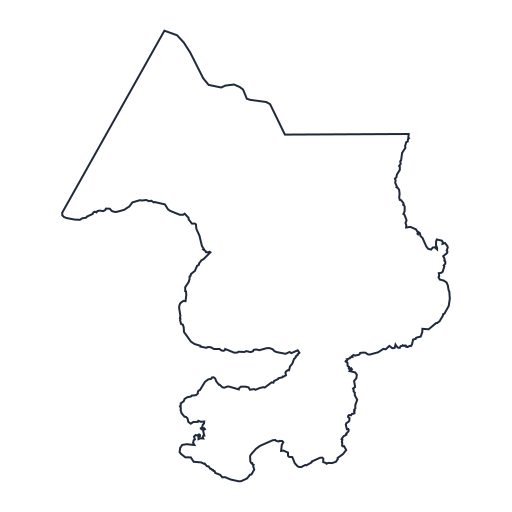 Oikull, Palau (Albers equal-area conic projection)
{"feature_id": "81905179B41520221517607", "entity_name": "Oikull", "entity_type": "district", "adm_level": 2, "iso_a3": "PLW", "parent_name": "Palau", "parent_adm1": "", "projection": "albers", "projection_center": [134.583, 7.366], "detail": "fine", "context": "isolated", "style": "outline", "palette": "slate", "viewbox_px": 512, "rotation_deg": 0, "n_neighbors": 0, "source": "geoboundaries", "source_scale": "gbopen_adm2", "svg_char_len": 6098}
<svg xmlns="http://www.w3.org/2000/svg" viewBox="0 0 512 512"><path d="M62.2,212.7L62.3,215.3L63.8,216.9L66.3,218.0L74.8,219.6L80.0,219.8L82.2,218.3L86.1,217.7L87.1,216.5L92.6,214.0L93.4,212.4L94.8,211.7L96.5,212.4L97.4,211.1L99.8,210.6L103.3,211.1L105.3,210.0L105.9,208.6L109.8,208.7L111.7,210.9L113.4,211.6L115.4,212.0L117.8,211.6L124.2,209.8L129.4,206.4L132.4,202.4L139.8,200.2L142.3,200.5L146.1,200.0L149.2,201.2L151.2,200.7L153.8,202.4L154.5,202.0L164.9,204.4L167.9,209.2L170.0,210.8L179.9,214.8L183.3,214.7L184.7,213.7L188.6,217.9L188.6,219.3L191.9,223.6L194.8,223.6L195.9,224.3L196.4,229.0L199.4,235.5L201.9,245.9L203.8,249.0L203.2,249.5L205.6,251.1L205.9,252.1L207.6,252.4L209.5,251.7L210.4,252.3L203.5,259.2L201.6,260.1L199.0,263.5L198.8,264.9L197.0,265.9L194.9,270.9L191.0,274.0L190.6,275.8L189.5,276.5L189.6,278.9L188.7,282.0L185.2,287.2L185.2,291.2L186.0,291.4L186.3,295.1L185.5,301.2L183.5,300.9L181.6,302.1L180.2,303.4L179.4,305.4L179.1,307.7L180.4,315.9L179.9,318.4L180.5,318.9L180.1,320.2L181.1,324.0L182.8,324.6L183.7,327.3L184.0,332.0L190.9,341.6L194.5,344.0L200.4,345.8L200.4,346.6L206.4,347.8L207.9,347.0L211.0,347.3L213.9,349.0L219.6,349.0L221.5,350.5L223.7,350.8L224.9,350.1L225.2,349.0L234.3,352.7L237.1,352.6L238.8,351.7L244.2,352.0L246.4,351.1L250.5,352.1L253.0,351.3L253.7,349.8L256.5,349.5L259.3,350.2L266.5,348.2L269.6,348.1L272.7,349.3L274.5,351.2L276.7,352.1L285.6,353.8L289.6,352.0L291.4,353.1L297.7,350.3L299.4,352.8L297.6,354.3L297.6,355.1L295.8,356.3L295.7,357.4L294.0,359.1L292.2,363.9L290.1,366.2L289.0,370.3L288.0,370.1L286.1,371.4L285.4,372.6L286.0,375.2L283.6,376.6L282.8,376.5L282.4,377.3L278.5,378.2L278.1,379.0L274.1,381.0L273.4,382.7L271.6,382.4L264.8,387.5L263.6,387.2L260.0,387.9L255.5,389.8L254.3,389.1L249.9,389.7L248.6,387.4L245.7,386.7L240.9,386.7L238.9,388.4L238.8,389.4L229.2,386.6L227.4,386.5L224.3,387.7L222.4,387.3L219.5,384.6L218.9,384.7L216.3,381.4L215.2,378.5L213.6,377.3L212.1,377.4L211.2,378.8L208.2,379.4L205.0,381.8L199.9,390.1L198.6,390.6L197.8,392.0L197.8,393.6L195.9,395.2L191.7,395.6L191.0,396.5L187.3,397.2L184.6,398.9L183.7,401.2L180.7,403.4L180.7,406.0L180.0,406.3L180.9,408.1L180.6,410.1L181.6,413.3L184.5,416.7L186.1,417.0L187.5,418.4L188.3,421.9L190.8,423.7L193.3,422.0L197.8,421.9L198.3,420.8L201.0,421.8L204.2,421.5L204.0,423.5L202.9,424.6L202.0,427.5L200.8,428.3L201.5,429.3L202.1,429.3L202.6,428.0L204.2,428.2L204.9,429.2L203.4,430.0L203.2,431.2L204.3,435.6L203.4,435.6L202.7,437.2L203.3,438.5L200.5,438.3L198.5,439.1L198.5,436.6L199.9,436.2L200.0,435.1L199.1,434.4L198.2,434.9L198.3,435.9L195.7,435.0L194.0,436.5L194.9,439.4L193.7,440.2L193.1,442.7L194.4,445.0L186.6,444.2L182.2,444.9L180.2,447.8L179.6,452.0L181.0,453.9L185.3,457.3L190.8,457.4L193.7,461.8L201.1,462.4L204.3,463.9L204.7,463.6L206.9,466.2L208.6,466.4L210.3,468.8L211.3,468.9L212.0,469.8L213.0,469.9L213.4,470.9L214.6,471.1L215.2,472.9L220.3,474.9L222.2,477.3L225.1,477.2L230.6,479.5L238.7,481.3L241.1,481.2L247.1,478.4L249.9,474.8L251.5,474.4L254.2,469.6L253.1,465.8L253.6,464.8L252.2,464.0L252.2,463.1L251.1,462.9L250.3,461.3L250.1,456.2L250.8,454.7L256.0,448.8L260.1,445.8L272.6,440.3L275.3,440.0L276.2,440.9L278.7,441.5L279.4,440.9L282.1,441.0L283.3,442.2L281.8,444.9L281.1,450.9L283.4,450.6L288.0,452.6L288.0,455.8L289.1,456.9L292.3,457.1L294.8,463.3L297.7,466.4L299.7,467.1L301.3,467.0L305.3,465.0L306.4,465.3L311.6,462.4L311.7,461.5L320.0,457.8L322.2,457.6L323.3,458.6L323.2,462.1L326.2,463.1L326.5,463.7L328.3,462.9L331.9,463.1L335.9,461.8L337.8,459.0L337.6,458.0L343.0,454.1L346.2,450.0L344.0,446.1L342.7,446.3L342.1,445.7L342.3,442.9L341.8,441.8L342.4,439.8L341.5,439.1L343.5,436.3L346.4,434.7L346.2,433.7L348.4,431.4L348.7,429.8L348.3,429.0L346.9,429.2L345.8,424.7L346.4,423.1L348.6,421.7L349.4,420.4L349.5,418.1L348.1,417.1L348.1,416.1L349.1,415.0L351.0,415.3L352.1,413.8L353.7,413.7L354.6,413.0L354.0,411.3L354.7,410.7L354.2,409.8L355.3,408.4L355.3,405.0L357.2,399.8L354.8,395.3L354.8,392.7L353.6,391.4L353.7,390.0L353.0,388.6L355.1,387.0L354.1,381.0L356.4,378.1L356.8,374.7L355.2,372.4L349.8,371.1L351.9,369.4L351.2,368.2L349.8,368.4L349.3,369.2L348.7,368.1L349.1,366.9L347.6,365.9L347.5,362.8L345.6,361.4L345.9,360.9L346.8,360.9L347.7,359.4L347.3,359.1L349.9,358.3L350.2,357.4L352.4,357.0L352.0,356.1L353.5,355.0L354.9,355.6L358.4,354.9L359.6,354.3L360.2,352.9L362.2,352.7L365.4,352.7L367.8,354.3L369.6,354.6L378.1,352.3L383.4,348.9L385.7,349.3L389.4,345.9L392.2,348.1L393.3,348.2L394.7,347.8L395.5,344.6L396.6,346.4L398.2,347.8L399.8,347.8L400.6,346.2L402.0,346.0L402.7,345.2L404.0,346.0L405.1,345.4L406.2,345.8L406.3,346.9L407.7,347.0L409.8,345.8L410.9,346.1L412.0,344.5L413.1,339.5L415.7,338.9L416.0,337.9L417.2,337.4L420.7,336.6L422.3,332.0L422.4,328.8L428.6,329.3L436.2,323.0L437.2,323.0L439.5,321.3L442.8,315.9L443.1,314.2L444.4,313.7L448.7,306.0L449.8,298.7L449.3,291.4L448.6,290.2L447.9,285.7L446.6,282.5L443.8,280.6L439.7,279.5L438.5,277.2L439.2,276.1L438.8,273.2L441.3,272.8L442.7,271.7L444.3,266.4L443.7,265.5L445.3,263.7L445.3,261.4L444.3,260.7L444.7,259.1L443.2,256.2L447.2,252.9L447.4,251.5L446.7,250.7L447.8,247.3L447.3,246.0L445.0,243.0L442.5,243.8L442.8,242.0L441.8,240.6L436.8,239.5L436.1,241.4L436.0,245.3L437.1,248.0L437.1,249.4L434.8,247.3L432.8,247.5L431.0,249.6L428.2,248.8L426.3,246.5L422.6,238.1L420.5,236.0L419.8,233.1L418.7,232.3L418.0,234.3L417.5,233.9L417.8,232.2L415.9,229.3L410.4,226.9L406.1,227.5L406.3,225.2L405.5,222.8L406.5,220.7L406.3,219.5L404.4,214.6L403.4,214.0L404.6,211.3L404.7,206.9L404.0,205.1L403.2,204.8L403.5,203.2L401.1,200.2L399.8,199.9L399.2,197.6L399.6,193.6L399.2,190.3L398.3,188.4L396.5,187.2L396.9,186.6L395.2,182.8L395.6,180.3L394.9,178.7L396.4,177.3L396.9,174.6L399.8,169.9L399.8,166.6L399.1,166.0L400.7,163.9L400.2,161.4L401.1,160.4L402.1,152.9L405.4,147.8L405.1,146.1L406.2,142.2L407.7,141.5L408.0,139.2L409.0,138.3L408.3,137.6L408.7,134.0L284.9,134.6L270.1,104.2L266.2,102.0L250.4,99.9L246.8,98.7L243.1,89.6L239.7,87.0L234.0,84.5L225.3,85.6L221.2,87.5L208.6,84.9L203.2,78.3L190.3,52.7L183.9,42.7L177.1,35.3L164.4,30.7L62.2,212.7Z" fill="none" stroke="#1e293b" stroke-width="2"/></svg>